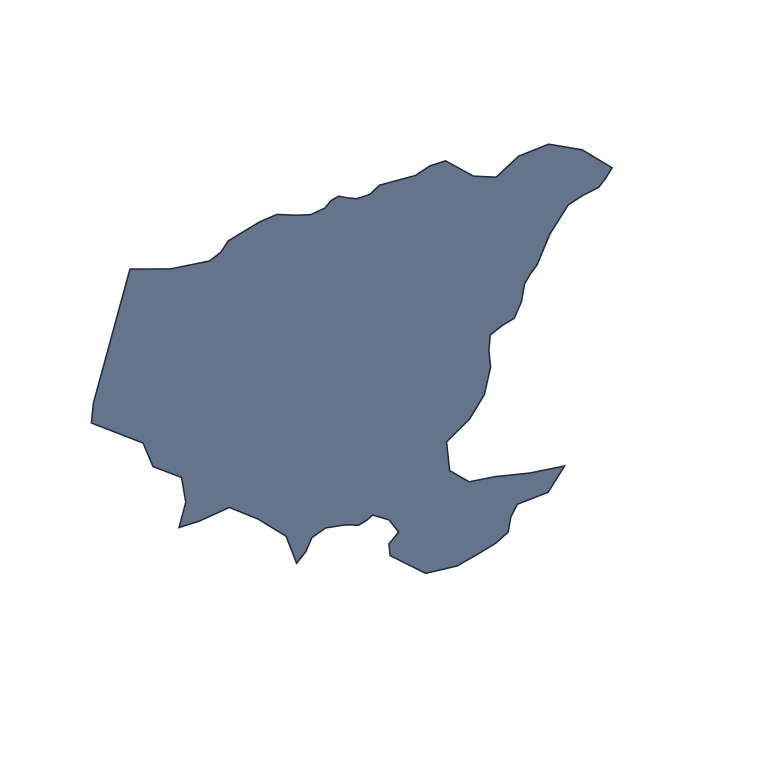 the District of Amuria, rotated 250°
{"feature_id": "UGA-3124", "entity_name": "Amuria", "entity_type": "District", "adm_level": 1, "iso_a3": "UGA", "parent_name": "Uganda", "parent_adm1": "", "projection": "robinson", "projection_center": [33.651, 2.061], "detail": "fine", "context": "isolated", "style": "filled", "palette": "slate", "viewbox_px": 768, "rotation_deg": 250, "n_neighbors": 0, "source": "natural_earth", "source_scale": "10m", "svg_char_len": 1130}
<svg xmlns="http://www.w3.org/2000/svg" viewBox="0 0 768 768"><g transform="rotate(250 384 384)"><path d="M245.2,525.7L226.1,501.2L225.4,468.2L215.8,457.8L202.3,450.0L196.2,434.6L192.8,417.8L188.0,390.7L191.8,358.4L220.6,331.1L231.9,333.8L239.9,347.1L254.6,342.2L264.7,328.6L261.8,321.0L259.9,311.5L262.9,304.9L265.2,297.9L268.7,279.8L264.3,263.7L253.2,253.2L245.4,240.5L274.4,239.9L300.0,219.6L320.9,196.4L318.3,163.7L319.2,142.3L340.7,157.3L365.4,161.8L385.4,138.7L410.9,137.4L447.4,95.7L465.5,104.4L578.9,184.6L565.2,222.6L559.3,262.2L563.7,275.8L571.8,286.7L578.9,322.4L580.0,341.4L572.7,359.0L568.2,373.1L569.5,388.5L574.5,396.9L576.0,405.5L571.3,413.5L567.4,421.9L567.0,435.4L572.4,447.9L569.2,484.8L573.3,501.9L572.7,518.1L548.8,539.1L540.0,560.1L552.1,588.5L553.1,620.7L536.3,650.3L509.1,672.3L501.5,662.6L495.4,653.1L493.2,635.4L489.3,618.5L468.4,591.4L443.5,568.5L437.1,558.8L430.0,550.3L414.4,541.4L401.2,528.8L398.4,514.7L393.7,500.6L379.2,493.9L363.7,490.1L339.8,474.8L321.8,452.4L308.2,423.0L280.2,416.1L263.0,430.5L258.9,457.1L250.5,490.5L245.2,525.7Z" fill="#64748b" stroke="#1e293b" stroke-width="1.5"/></g></svg>